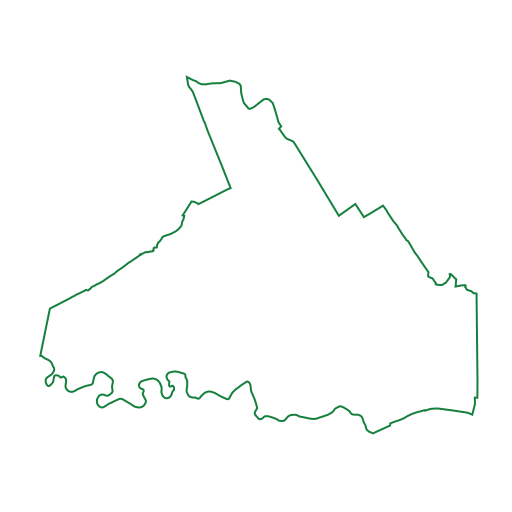 Gorgota, Prahova, Romania (Mercator projection), rotated 178°
{"feature_id": "2599482B64281758145187", "entity_name": "Gorgota", "entity_type": "district", "adm_level": 2, "iso_a3": "ROU", "parent_name": "Romania", "parent_adm1": "Prahova", "projection": "mercator", "projection_center": [26.09, 44.773], "detail": "fine", "context": "isolated", "style": "outline", "palette": "green", "viewbox_px": 512, "rotation_deg": 178, "n_neighbors": 0, "source": "geoboundaries", "source_scale": "gbopen_adm2", "svg_char_len": 6033}
<svg xmlns="http://www.w3.org/2000/svg" viewBox="0 0 512 512"><g transform="rotate(178 256 256)"><path d="M475.1,163.7L473.6,163.6L470.8,161.2L466.7,159.1L464.6,157.3L463.4,154.9L462.6,152.5L461.8,151.3L461.6,149.8L461.8,148.4L462.6,147.3L463.3,146.0L464.3,144.9L468.8,142.0L469.8,141.1L470.5,139.5L470.6,138.0L470.4,136.7L469.7,134.9L468.9,133.7L467.8,133.3L467.1,133.3L466.4,133.8L464.5,135.5L463.5,136.7L463.1,137.5L462.8,138.8L461.8,143.1L461.0,143.6L460.0,143.8L457.8,143.4L457.1,143.0L455.8,141.6L455.0,141.4L452.8,142.3L452.1,141.8L451.1,140.9L450.3,139.7L450.1,138.8L450.1,137.3L450.8,133.8L450.9,132.4L450.8,131.1L449.8,129.1L448.1,127.5L445.9,126.7L444.2,126.7L442.2,127.3L438.5,129.3L436.3,130.0L434.7,130.7L431.8,131.7L429.7,132.3L426.9,132.7L425.0,133.2L423.7,134.2L423.2,135.7L422.8,137.7L421.8,141.1L421.1,142.4L419.4,143.9L417.4,145.0L414.8,145.4L413.8,145.3L412.7,145.0L409.5,142.9L408.0,141.4L404.7,138.7L403.7,137.4L403.4,136.1L403.8,133.2L404.4,131.2L404.4,129.4L404.1,127.2L404.1,125.6L404.6,124.5L407.3,122.4L408.6,121.6L410.1,121.6L411.4,121.9L413.0,122.8L415.2,122.9L416.7,122.4L418.1,121.4L419.0,119.9L419.9,118.2L420.0,117.0L420.1,115.3L419.8,113.9L418.9,112.3L417.9,111.2L416.7,110.4L415.7,110.1L414.7,110.0L413.5,110.3L408.0,113.6L405.2,114.6L402.8,115.8L397.7,117.9L396.2,118.1L394.9,117.8L393.0,116.7L385.7,112.0L384.4,110.9L382.5,109.7L380.0,109.0L378.2,108.7L376.9,108.7L374.6,109.5L373.3,110.4L371.6,112.9L371.1,114.1L371.1,115.2L371.5,116.4L372.2,117.6L373.3,120.0L374.0,121.9L374.0,122.8L373.5,123.5L372.9,125.1L373.2,126.4L373.6,126.7L375.6,127.5L376.5,128.2L377.1,129.0L377.4,129.9L377.4,131.6L376.8,133.0L375.7,134.2L374.5,134.9L370.2,136.1L366.1,136.9L363.2,137.2L362.0,136.9L360.3,136.3L359.0,135.4L357.7,134.1L356.6,132.8L355.0,128.3L354.9,126.6L355.3,123.3L354.9,121.5L354.3,119.7L352.7,117.9L352.0,117.4L350.9,117.0L349.7,117.0L347.9,117.4L346.7,118.4L345.8,119.5L345.1,120.8L344.7,122.2L344.2,123.4L343.6,124.2L342.7,124.9L342.5,125.9L342.5,127.0L342.9,128.4L343.8,129.2L344.6,129.2L345.5,128.5L346.4,128.5L347.0,128.9L347.4,130.0L347.0,133.4L347.2,133.9L347.9,134.5L348.7,135.5L349.4,137.3L349.7,138.6L349.4,139.9L348.8,140.9L348.1,141.7L347.1,142.4L344.0,143.2L341.0,143.4L338.6,143.1L337.4,142.7L332.7,141.2L331.3,140.5L330.8,139.6L330.6,136.9L329.9,135.8L329.4,134.6L329.1,132.5L329.2,130.2L329.4,128.2L330.1,124.2L330.0,122.9L329.0,120.0L328.4,119.0L327.7,118.2L326.3,117.3L323.9,116.7L321.6,116.7L319.0,115.4L318.3,115.5L317.4,115.8L315.7,117.9L314.2,119.3L312.0,121.0L310.8,121.6L309.4,122.0L307.4,122.3L305.5,121.9L303.2,121.1L302.0,120.6L296.2,117.0L290.2,114.0L289.1,113.9L288.3,114.2L287.6,114.8L286.8,116.4L284.7,119.7L283.6,121.0L281.1,123.3L274.3,128.0L270.9,130.0L269.8,130.7L269.2,130.9L268.4,130.6L267.4,129.9L266.5,128.5L266.0,126.6L265.6,121.2L262.2,112.4L260.3,105.3L260.2,103.8L262.2,100.6L262.7,99.4L262.7,98.5L262.5,97.5L259.6,93.9L258.5,92.9L256.9,92.7L255.5,93.4L253.8,94.8L252.8,95.4L251.4,95.6L250.2,95.5L248.3,95.1L244.6,93.8L240.5,92.0L238.8,90.6L235.3,90.1L233.8,90.4L232.6,91.2L229.6,94.5L227.7,95.5L226.3,95.9L222.1,96.0L220.6,95.5L218.2,94.1L211.2,92.5L209.1,91.9L206.6,91.4L204.1,91.1L201.7,91.3L200.0,91.7L198.1,92.4L196.2,92.8L192.2,94.1L190.4,94.5L186.1,96.6L184.6,97.7L182.2,100.7L180.6,101.5L177.5,102.9L175.8,102.6L173.9,101.7L169.6,98.9L168.1,97.7L166.4,95.1L165.5,94.5L163.8,94.0L160.1,93.9L158.4,93.4L156.4,92.2L155.7,91.2L155.2,90.0L154.2,86.3L152.4,82.5L152.1,80.6L151.5,78.6L149.3,76.6L145.3,74.7L127.9,81.9L127.7,83.9L127.0,84.2L124.1,85.3L118.3,87.0L114.0,88.6L110.7,90.5L105.4,92.8L100.1,94.4L96.5,95.1L92.8,96.1L92.4,95.5L88.5,96.7L85.8,97.2L79.9,97.3L64.3,94.7L50.6,92.1L49.5,91.8L45.4,89.9L42.5,99.8L42.3,101.8L42.3,106.8L39.8,106.6L39.6,108.9L39.0,123.7L36.9,210.7L37.4,211.0L39.8,211.2L42.0,213.3L43.6,213.8L46.5,215.0L47.4,216.9L48.0,217.5L47.9,218.1L47.4,218.8L47.5,219.2L47.8,219.4L48.1,219.5L51.9,219.4L57.6,218.5L56.7,225.8L57.8,226.6L60.8,230.0L62.2,231.3L62.8,231.3L63.1,231.1L62.8,229.4L63.0,228.2L63.3,227.6L66.8,223.2L67.6,222.4L69.0,221.9L70.4,220.8L71.2,220.6L74.7,220.7L77.3,221.4L77.1,222.3L77.4,222.8L80.4,227.5L82.2,228.1L83.5,229.0L84.1,229.1L84.6,229.6L84.7,231.0L84.2,233.6L84.6,234.5L87.6,239.0L95.1,251.1L96.1,252.3L97.5,254.5L103.3,265.3L104.2,266.1L105.0,266.4L105.4,267.0L105.6,267.6L108.7,272.1L113.3,280.0L113.6,280.9L114.0,281.6L117.6,286.1L122.9,294.8L123.9,296.9L127.3,301.9L139.1,295.2L146.8,291.1L154.9,304.5L171.8,293.3L192.6,330.7L214.3,368.5L215.6,369.6L220.7,371.9L222.3,373.2L222.8,373.8L224.6,376.6L226.0,378.6L227.4,380.9L228.6,382.3L226.3,384.7L228.9,389.0L230.0,394.0L232.6,403.9L234.0,408.4L237.5,411.9L240.0,412.7L243.0,412.2L252.5,405.2L255.4,403.8L257.3,403.2L258.6,403.9L259.9,405.8L262.7,409.2L263.7,412.5L265.1,419.3L265.3,426.6L266.5,428.6L270.4,430.8L276.0,432.2L285.2,430.0L293.7,430.1L300.4,429.3L304.7,429.6L307.8,431.1L309.3,432.5L313.3,434.2L318.8,437.3L318.4,434.4L317.9,429.6L316.9,427.3L314.6,424.2L313.4,422.2L309.4,410.6L303.4,392.7L302.1,389.9L301.7,388.2L299.8,382.3L286.7,346.5L279.0,324.7L282.2,323.6L309.6,310.8L311.8,309.9L311.9,310.3L316.0,312.4L318.7,312.7L319.2,311.7L327.9,299.1L326.3,298.6L327.0,295.8L328.5,292.8L329.4,289.3L329.8,288.5L332.4,285.6L335.2,283.6L336.3,283.0L340.2,281.1L346.7,279.2L348.7,278.3L349.7,276.6L351.4,274.4L352.7,273.1L353.4,272.7L353.9,271.5L354.5,270.5L354.6,268.9L354.9,268.0L355.1,267.9L356.6,267.9L357.0,268.1L358.0,267.4L358.1,265.4L358.3,265.0L358.6,265.0L358.5,264.7L358.9,264.4L360.1,264.2L363.0,264.0L363.5,263.6L364.9,263.6L365.9,263.8L369.5,262.3L371.6,261.7L371.3,261.2L372.2,260.9L373.0,260.2L382.0,254.5L383.0,254.1L389.2,249.6L394.0,246.6L395.8,245.4L397.9,243.5L402.4,241.0L410.1,236.0L414.4,233.8L415.4,233.6L417.7,232.3L421.3,230.7L421.8,230.3L422.1,229.6L422.5,229.2L423.5,228.7L424.7,227.5L425.5,227.5L426.7,228.0L427.2,228.0L428.3,227.3L431.3,226.1L432.5,225.4L437.0,223.6L438.4,222.7L441.4,221.4L444.1,219.9L463.5,210.8L463.8,210.4L464.0,209.9L475.1,163.7Z" fill="none" stroke="#15803d" stroke-width="2"/></g></svg>